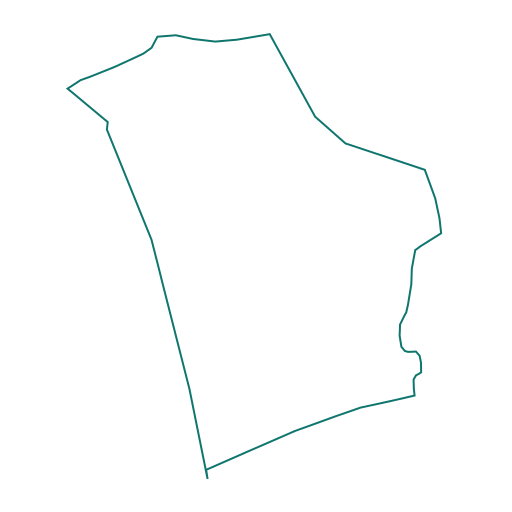 outline of Nyala Shimal, Southern Darfur, Sudan, rotated 179°
{"feature_id": "16777658B77538778882228", "entity_name": "Nyala Shimal", "entity_type": "district", "adm_level": 2, "iso_a3": "SDN", "parent_name": "Sudan", "parent_adm1": "Southern Darfur", "projection": "albers", "projection_center": [24.663, 12.429], "detail": "fine", "context": "isolated", "style": "outline", "palette": "teal", "viewbox_px": 512, "rotation_deg": 179, "n_neighbors": 0, "source": "geoboundaries", "source_scale": "gbopen_adm2", "svg_char_len": 915}
<svg xmlns="http://www.w3.org/2000/svg" viewBox="0 0 512 512"><g transform="rotate(179 256 256)"><path d="M238.4,477.6L244.8,476.6L271.3,472.6L293.0,471.1L315.2,474.1L332.3,478.1L350.7,477.0L356.8,466.0L365.3,460.2L384.7,451.6L393.6,447.7L419.1,438.0L428.3,434.9L441.5,426.6L437.8,423.5L416.6,405.2L407.7,397.5L401.9,392.5L402.9,385.1L360.2,274.1L353.7,246.6L349.2,227.2L324.9,124.3L308.3,33.9L309.6,43.1L266.8,61.0L220.3,80.3L178.8,94.5L154.1,102.6L123.5,108.7L99.9,113.7L100.5,120.8L100.6,129.8L98.1,133.9L95.1,135.4L92.9,136.8L92.9,146.6L94.2,153.5L97.8,157.7L102.1,157.5L105.8,157.5L108.9,158.5L112.2,162.7L113.8,173.9L113.4,180.4L113.2,184.9L111.4,188.4L108.8,193.5L106.8,196.9L104.9,204.6L101.2,225.1L100.4,240.8L96.7,259.1L94.5,260.6L91.2,263.0L70.5,275.5L71.9,290.6L75.8,310.5L85.7,339.2L164.6,367.0L194.4,394.2L199.6,404.0L231.4,464.3L238.4,477.6Z" fill="none" stroke="#0f766e" stroke-width="2"/></g></svg>